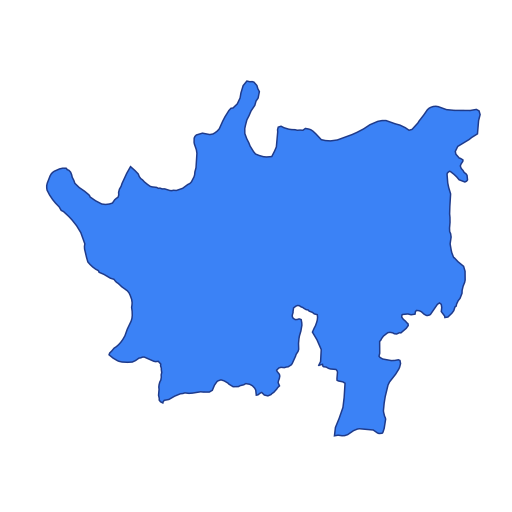 the district of Tukh, Al Qalyubiyah, Egypt, rotated 4°
{"feature_id": "37247803B54771061850383", "entity_name": "Tukh", "entity_type": "district", "adm_level": 2, "iso_a3": "EGY", "parent_name": "Egypt", "parent_adm1": "Al Qalyubiyah", "projection": "equal_earth", "projection_center": [31.147, 30.344], "detail": "fine", "context": "isolated", "style": "filled", "palette": "blue", "viewbox_px": 512, "rotation_deg": 4, "n_neighbors": 0, "source": "geoboundaries", "source_scale": "gbopen_adm2", "svg_char_len": 6101}
<svg xmlns="http://www.w3.org/2000/svg" viewBox="0 0 512 512"><g transform="rotate(4 256 256)"><path d="M124.6,175.6L121.3,182.5L117.3,193.0L116.6,195.8L115.1,198.9L114.5,202.1L114.8,204.7L114.4,206.6L114.1,207.1L112.7,208.2L111.1,209.8L109.1,213.2L106.0,214.4L102.3,215.1L98.5,214.9L92.1,212.1L86.4,208.7L85.8,207.5L85.0,206.6L80.4,203.3L74.8,200.0L70.2,196.1L69.0,193.3L67.2,190.3L66.4,187.8L65.2,185.3L63.4,183.6L61.4,182.9L61.1,182.2L60.5,181.7L57.0,181.9L54.0,182.8L48.9,185.5L47.2,186.9L46.0,188.4L45.0,190.5L42.7,197.9L42.3,200.4L42.5,202.8L43.0,204.9L45.8,209.5L49.2,213.9L52.3,217.2L56.2,220.7L58.5,224.1L60.9,225.1L66.5,229.6L70.0,232.9L75.0,238.4L79.6,244.9L84.4,255.8L84.2,258.4L84.5,261.0L87.1,269.4L88.7,273.7L91.0,276.0L93.8,278.3L96.9,280.3L99.6,281.5L100.2,282.3L100.6,283.2L105.5,284.9L112.3,288.3L116.0,289.2L117.1,290.5L118.6,291.9L120.5,293.0L124.3,296.1L130.1,299.7L131.9,301.6L133.2,303.9L135.0,308.0L135.7,311.3L135.7,313.7L135.5,315.8L136.3,319.8L136.7,323.9L136.6,326.9L136.0,329.6L132.7,338.0L130.8,344.8L128.9,348.7L127.0,351.7L125.1,354.1L123.0,356.2L120.9,357.8L118.8,360.7L116.8,363.0L116.3,364.8L120.5,367.8L125.1,370.1L126.6,370.6L129.7,371.1L135.3,371.0L140.0,370.4L143.1,368.7L146.4,366.0L148.2,365.6L149.7,364.8L151.6,364.6L161.3,368.1L163.1,368.4L165.9,367.9L168.5,370.4L168.5,372.2L169.4,374.6L169.5,376.1L170.1,378.8L169.7,381.2L170.0,383.6L169.7,386.4L168.8,388.5L168.3,391.2L168.2,393.5L168.6,395.9L168.5,401.7L169.4,404.7L169.5,406.5L170.9,408.1L173.3,409.1L173.5,408.0L174.5,406.4L179.1,405.2L184.6,401.5L190.2,398.7L192.6,398.3L194.6,397.5L198.7,397.7L202.2,397.2L210.3,395.3L212.7,395.4L218.9,395.0L221.8,393.0L223.6,387.7L225.9,383.9L227.0,383.1L229.7,382.0L233.0,382.8L236.8,384.7L237.9,385.7L242.3,388.0L247.6,387.5L249.1,386.5L252.8,385.3L254.7,384.0L258.7,384.4L261.5,385.7L263.9,387.9L265.1,389.8L266.0,394.8L267.6,394.4L270.0,392.3L271.2,391.7L274.0,394.1L277.6,394.7L280.6,393.2L281.3,392.3L283.3,390.7L286.1,387.1L286.7,385.9L288.5,383.9L286.9,380.8L287.1,379.0L287.8,376.7L288.1,374.1L287.6,372.4L285.2,369.8L284.5,368.5L286.6,366.1L288.7,365.3L292.0,365.4L294.1,364.6L295.8,364.3L298.9,362.0L299.7,360.5L302.5,353.0L302.8,351.5L304.6,348.2L305.1,346.1L304.5,340.2L304.6,335.6L304.9,332.7L306.0,327.7L306.6,321.9L306.3,319.4L305.5,316.3L303.9,315.8L303.2,315.8L301.5,316.5L299.5,316.7L297.5,315.6L296.5,314.1L296.3,312.5L296.9,309.8L296.8,308.9L297.1,305.1L299.5,303.1L300.8,302.5L302.6,302.5L304.5,303.6L306.3,304.1L307.7,305.0L309.8,306.0L311.7,306.2L312.9,307.3L316.2,308.3L318.2,309.7L321.2,310.2L321.7,312.8L321.6,315.6L321.2,317.7L320.2,321.4L319.2,323.6L317.6,328.0L322.7,335.4L327.6,344.8L327.8,356.8L326.2,360.7L326.4,360.8L327.0,360.4L329.9,359.4L330.4,361.2L331.0,361.7L333.8,361.9L336.1,363.0L338.1,363.5L343.7,363.6L344.9,364.8L345.4,366.2L345.3,372.4L345.5,374.3L346.9,374.9L351.4,375.5L353.7,376.7L353.8,391.1L353.3,401.0L350.3,412.1L347.2,421.5L346.8,429.9L350.4,429.0L354.4,429.3L357.0,429.0L359.9,427.8L365.5,423.4L369.1,421.6L371.1,421.1L385.1,421.4L389.6,424.1L391.1,424.5L393.2,424.2L394.5,423.8L395.0,422.7L395.9,419.0L396.7,409.7L396.2,408.2L395.4,406.8L394.2,403.0L393.9,401.5L394.1,393.9L394.7,387.2L396.7,375.5L398.0,372.3L403.5,364.2L406.3,358.9L407.0,357.0L407.7,353.2L406.9,350.2L405.3,349.6L401.8,350.5L398.3,350.9L389.5,349.9L386.7,348.5L385.7,347.4L386.2,344.4L385.3,332.6L386.4,331.2L387.0,329.7L388.7,327.0L392.8,323.3L395.0,322.8L397.7,323.1L399.4,323.9L401.7,324.0L404.5,322.5L405.9,322.6L410.9,317.7L412.7,314.8L412.6,314.0L412.3,312.9L411.0,312.0L409.8,310.7L407.4,308.9L405.6,306.8L405.7,304.6L406.3,304.1L411.6,303.2L414.8,303.8L418.7,302.9L418.9,300.4L419.9,299.1L422.7,299.2L424.9,300.1L427.7,302.3L430.1,303.4L431.3,303.4L433.3,302.7L434.1,302.1L440.3,291.6L442.3,290.0L444.2,291.3L444.9,294.5L444.7,298.5L448.4,302.8L448.7,304.2L451.7,303.5L455.4,299.4L457.1,296.7L458.0,293.0L459.2,292.0L459.4,290.1L460.8,286.5L462.5,284.0L464.1,278.8L464.0,276.0L464.7,271.7L466.0,267.7L466.3,265.4L465.6,256.6L463.8,251.8L458.0,247.7L453.9,243.9L453.3,243.8L451.1,239.1L450.3,236.5L448.8,230.4L449.3,223.5L448.6,220.2L447.5,218.2L447.1,214.7L447.2,209.0L446.8,204.0L446.2,200.5L445.9,192.8L445.8,180.5L443.5,174.4L442.2,169.9L440.9,161.3L441.0,160.1L442.0,158.9L443.1,158.0L444.1,158.2L447.8,160.7L450.7,163.1L453.3,165.8L459.2,167.6L460.8,166.7L461.7,165.3L460.9,160.8L459.7,159.3L457.9,158.2L456.3,156.0L455.2,155.0L454.3,153.8L453.5,151.9L454.2,149.8L455.5,147.5L455.8,146.7L455.7,145.7L453.0,144.3L452.0,144.2L448.3,140.5L447.5,137.8L449.6,132.6L460.4,125.0L462.9,122.7L468.4,118.7L468.6,105.4L469.7,99.3L468.4,95.7L465.6,94.4L459.6,95.9L443.7,96.9L435.8,96.7L427.4,94.3L424.9,94.1L422.4,94.5L420.2,95.4L418.5,96.4L416.8,98.1L413.6,103.5L409.2,110.1L408.3,111.9L402.9,118.8L399.9,119.9L396.0,117.6L390.5,115.4L385.6,114.4L376.2,111.8L372.3,112.1L368.1,113.2L360.5,117.1L354.5,121.7L348.0,125.7L343.3,128.2L329.0,134.6L322.2,136.0L317.1,136.0L313.0,135.4L307.2,130.0L304.1,127.5L301.8,126.2L299.8,125.7L296.4,125.3L294.0,127.3L291.2,127.3L288.4,127.7L286.2,127.3L282.6,127.4L279.8,127.2L275.0,126.1L271.9,124.8L269.2,125.9L268.7,128.6L269.0,130.6L268.7,145.8L267.2,150.1L264.8,155.7L259.5,156.5L256.3,156.4L252.1,155.5L248.4,154.3L246.3,152.1L242.4,146.7L241.0,143.7L238.6,139.7L236.3,134.6L235.9,129.6L236.4,126.1L237.4,120.8L239.2,116.6L241.0,111.5L244.3,105.8L245.2,101.5L247.1,98.2L247.9,91.8L246.2,89.1L245.0,85.9L241.8,82.7L240.1,82.3L237.6,82.6L234.7,82.1L231.3,86.9L229.6,94.4L229.1,99.5L226.7,105.6L222.7,110.0L220.7,110.4L218.8,112.8L215.3,119.4L213.4,123.8L210.5,131.7L208.6,134.1L206.3,136.1L204.5,137.3L201.4,138.1L194.0,137.2L188.1,139.4L186.8,140.9L186.1,142.7L186.3,146.9L186.7,148.5L189.1,154.2L189.9,157.7L190.0,172.1L189.2,176.3L189.1,179.4L188.6,181.5L186.4,186.6L185.1,188.2L182.9,189.5L178.1,193.6L172.0,196.2L169.0,196.2L167.4,196.7L165.6,196.7L160.2,195.4L157.7,195.6L155.5,195.0L153.8,195.3L152.1,194.5L147.6,194.3L145.6,193.9L142.8,192.2L139.5,189.9L137.5,188.0L135.6,186.8L134.0,184.9L132.8,182.4L129.4,179.3L124.6,175.6Z" fill="#3b82f6" stroke="#1e3a8a" stroke-width="1.5"/></g></svg>